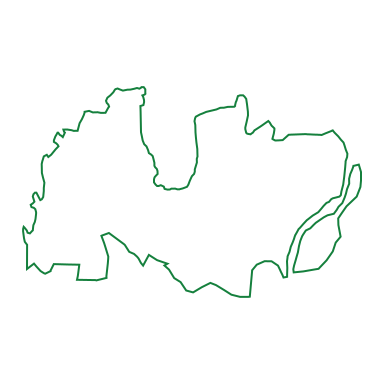 Markz Dir Mawas, Al Minya, Egypt (Albers equal-area conic projection)
{"feature_id": "37247803B40134172984025", "entity_name": "Markz Dir Mawas", "entity_type": "district", "adm_level": 2, "iso_a3": "EGY", "parent_name": "Egypt", "parent_adm1": "Al Minya", "projection": "albers", "projection_center": [30.79, 27.655], "detail": "fine", "context": "isolated", "style": "outline", "palette": "green", "viewbox_px": 384, "rotation_deg": 0, "n_neighbors": 0, "source": "geoboundaries", "source_scale": "gbopen_adm2", "svg_char_len": 5296}
<svg xmlns="http://www.w3.org/2000/svg" viewBox="0 0 384 384"><path d="M287.1,276.8L287.1,275.1L287.3,267.8L287.0,261.3L287.5,257.7L287.6,256.3L289.5,251.9L290.8,246.7L292.3,243.3L293.0,241.6L294.0,238.9L294.7,236.6L295.2,235.3L295.2,235.2L295.3,235.1L297.0,232.1L298.6,229.1L299.9,227.9L303.2,224.1L306.8,220.2L308.4,219.0L312.7,215.6L318.3,212.2L321.4,208.6L323.6,205.9L326.5,202.9L329.0,201.9L331.2,199.2L332.8,198.3L335.6,197.6L339.4,196.6L340.8,195.2L341.4,191.5L343.2,184.6L344.2,177.0L344.5,174.2L345.2,167.2L345.6,162.1L345.6,161.2L347.1,157.1L347.4,153.7L345.8,149.7L344.5,145.4L343.5,142.5L340.9,139.7L338.3,136.4L334.6,132.7L333.2,131.0L332.8,130.4L332.7,130.4L332.7,130.5L325.6,133.3L321.6,135.0L320.0,134.8L318.6,134.8L317.6,134.7L317.1,134.7L314.1,134.6L310.3,134.4L307.4,134.3L306.5,134.2L305.8,134.1L292.4,134.6L291.7,134.6L288.6,134.8L288.3,135.1L282.7,140.1L278.2,140.4L275.2,140.5L273.1,139.4L272.4,138.9L273.8,133.6L274.4,129.9L274.4,128.4L272.6,126.6L272.1,126.2L271.4,125.4L269.7,122.5L268.3,121.0L265.6,122.9L262.5,125.1L260.3,126.6L255.2,129.9L254.5,130.3L252.9,132.6L251.1,133.8L250.6,134.3L248.6,134.0L247.8,133.8L247.2,133.7L246.2,132.8L245.3,129.1L245.3,127.5L246.7,121.5L248.0,115.4L247.9,111.7L247.0,104.2L246.2,98.9L244.6,96.7L243.1,95.3L240.1,95.3L238.2,96.0L237.9,96.1L237.2,98.4L236.5,100.7L235.8,102.2L235.1,105.2L235.1,106.0L234.4,106.7L232.9,106.8L230.7,106.8L227.7,106.9L224.0,107.7L220.3,107.8L217.0,109.2L216.6,109.4L212.9,110.3L206.2,111.9L202.5,113.5L200.3,114.3L199.5,114.7L197.3,115.9L195.8,116.7L195.1,118.2L194.5,121.2L195.3,125.0L195.4,128.7L195.5,132.5L195.9,137.3L196.4,142.2L197.3,149.0L197.4,153.3L197.5,156.5L196.8,158.8L196.8,159.5L196.9,162.5L196.2,164.8L194.8,169.4L194.8,171.6L194.1,173.9L191.9,176.2L191.2,177.7L189.8,180.8L188.7,183.7L188.4,184.6L187.0,186.8L184.7,187.7L182.5,188.5L180.0,189.1L179.5,189.3L177.3,189.3L175.1,188.6L173.3,188.7L171.3,188.7L169.9,189.5L167.6,189.6L164.6,188.9L163.8,186.6L160.8,185.2L158.6,186.0L157.1,186.0L155.6,184.6L154.0,182.4L154.0,179.3L154.4,177.8L154.7,177.1L156.1,175.5L157.6,174.0L157.5,171.0L156.9,169.2L156.7,168.8L155.2,167.3L154.4,165.8L154.4,162.8L153.5,159.1L152.7,156.1L151.2,154.6L148.9,153.1L148.1,150.2L146.5,146.4L144.2,144.2L142.7,140.5L141.8,136.0L141.0,132.3L140.7,117.1L140.6,112.0L140.5,108.2L140.4,106.0L143.4,105.1L144.1,102.1L144.0,99.9L143.2,96.9L142.4,95.4L144.6,94.6L145.4,93.8L145.3,92.9L145.3,91.6L145.3,89.3L143.7,87.1L141.5,87.1L140.8,87.9L139.3,88.7L138.4,88.4L137.0,88.0L134.1,88.8L130.4,89.6L127.4,89.7L122.9,90.6L119.2,89.2L117.6,88.5L115.4,89.2L114.7,90.0L113.3,92.3L110.3,95.4L107.4,97.7L106.0,100.8L106.8,103.0L108.3,104.5L109.1,106.7L108.4,107.5L107.6,108.9L105.5,112.8L101.0,112.9L97.3,112.2L96.6,112.3L92.8,112.4L89.1,110.9L84.6,111.8L84.6,112.5L83.9,114.8L82.5,117.9L81.8,119.4L79.6,123.2L77.6,130.8L75.3,130.8L73.8,130.9L71.6,130.2L67.1,129.5L63.4,129.6L64.1,131.8L64.9,132.6L62.8,137.1L61.3,135.7L61.2,135.7L59.8,134.9L58.2,132.7L57.5,132.7L56.7,134.2L55.3,136.6L53.9,140.3L53.9,141.9L56.2,143.3L57.7,144.8L58.5,146.3L55.6,149.3L51.2,154.7L48.3,157.0L47.6,156.0L46.8,154.8L44.9,155.8L43.8,156.4L42.7,160.1L42.4,160.9L41.7,164.0L41.8,167.7L41.9,173.0L42.8,176.7L42.8,176.8L43.6,179.7L44.4,182.7L43.8,188.0L43.8,191.0L43.2,197.0L41.8,199.3L40.3,200.1L39.7,199.0L38.7,197.1L37.2,194.2L36.4,192.7L34.9,192.7L34.3,193.4L33.5,194.2L32.8,196.5L34.4,201.7L33.6,202.5L32.9,203.3L30.7,204.8L31.5,207.1L33.8,207.8L35.3,209.2L36.1,212.2L36.1,213.7L35.5,219.0L34.8,222.0L33.4,225.1L33.2,226.5L32.8,230.4L32.0,231.1L29.9,233.4L28.2,232.9L27.6,232.7L26.8,230.5L24.5,227.6L23.7,226.8L23.1,229.0L23.1,231.3L24.0,238.1L24.8,241.8L27.1,244.8L27.0,268.4L27.0,269.0L34.0,263.6L36.4,266.5L40.5,271.0L41.7,271.8L44.1,273.3L45.2,273.7L50.6,271.1L50.6,270.5L53.8,264.1L68.2,264.5L79.3,264.7L78.2,273.2L77.8,276.1L77.0,279.8L95.5,280.1L96.3,280.4L100.4,279.4L106.5,277.9L106.4,276.2L107.8,263.6L108.2,258.7L108.2,258.2L108.3,256.6L105.4,247.1L104.1,243.0L101.4,235.8L101.8,235.6L108.9,233.0L123.9,244.1L124.8,244.9L125.2,245.5L129.2,251.8L131.9,253.0L134.0,253.9L137.0,256.6L138.5,258.4L139.1,259.5L140.9,262.9L141.3,263.4L143.1,265.6L148.9,254.9L157.0,260.1L158.1,260.5L167.4,263.7L164.4,265.5L168.9,269.5L169.2,269.9L174.2,278.1L180.6,282.1L186.2,290.5L193.1,292.4L201.3,287.5L201.8,287.2L210.4,282.9L216.0,285.1L223.4,289.6L223.9,289.9L231.4,294.7L240.2,296.9L246.2,296.9L248.0,296.9L249.8,296.7L250.9,284.4L251.6,276.6L252.1,271.0L252.1,270.3L256.4,265.1L256.7,264.7L264.6,261.2L271.6,261.3L276.2,264.4L278.0,265.6L280.1,270.0L280.8,271.6L282.3,274.6L283.5,277.5L285.5,277.1L285.8,277.1L287.1,276.8L287.1,276.8ZM318.0,268.9L318.6,268.8L319.2,268.1L326.6,260.3L332.8,251.4L335.7,242.6L340.6,236.7L338.4,225.0L338.2,218.4L341.7,213.2L346.5,206.3L356.7,196.6L360.4,187.0L361.0,180.6L361.0,172.0L358.8,164.6L353.5,165.9L353.4,165.9L353.1,167.1L352.1,169.9L350.3,174.0L349.1,178.8L349.2,183.7L347.0,189.2L346.0,193.5L344.7,197.4L342.3,203.1L338.5,206.8L336.7,209.9L333.8,213.8L333.7,213.8L327.5,215.3L323.8,217.3L320.0,219.9L315.8,222.8L313.4,225.1L310.3,228.3L305.8,230.5L303.3,234.3L302.2,236.1L300.3,240.9L299.0,246.0L297.9,252.4L296.8,256.1L295.6,260.4L294.1,265.5L293.3,269.2L293.7,272.4L303.4,271.4L315.5,269.3L318.0,268.9Z" fill="none" stroke="#15803d" stroke-width="2"/></svg>